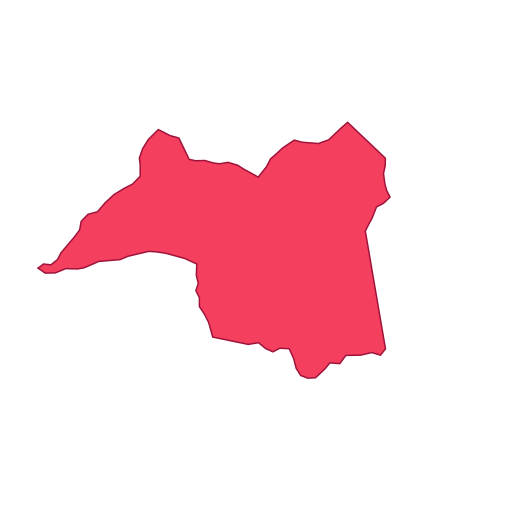 outline of Saltinho, São Paulo, Brazil, rotated 224°
{"feature_id": "56859067B49656029802383", "entity_name": "Saltinho", "entity_type": "district", "adm_level": 2, "iso_a3": "BRA", "parent_name": "Brazil", "parent_adm1": "São Paulo", "projection": "mercator", "projection_center": [-47.719, -22.866], "detail": "fine", "context": "isolated", "style": "filled", "palette": "rose", "viewbox_px": 512, "rotation_deg": 224, "n_neighbors": 0, "source": "geoboundaries", "source_scale": "gbopen_adm2", "svg_char_len": 1366}
<svg xmlns="http://www.w3.org/2000/svg" viewBox="0 0 512 512"><g transform="rotate(224 256 256)"><path d="M98.3,279.1L194.7,349.9L197.0,357.4L198.9,364.2L203.4,375.0L200.9,382.5L200.5,391.5L207.5,393.9L213.2,397.3L221.5,403.8L225.7,410.6L230.8,416.2L282.9,415.8L283.6,408.4L284.0,400.0L284.4,390.1L289.2,380.3L301.7,370.0L309.0,365.9L311.9,352.3L312.3,344.2L313.0,335.9L310.5,327.6L309.2,314.3L325.9,309.8L332.1,308.6L341.1,304.0L346.4,296.9L351.7,293.1L359.1,289.2L365.6,282.6L371.2,279.1L377.4,281.4L383.4,283.6L393.5,287.3L401.5,282.9L414.1,279.1L414.4,265.0L412.1,254.4L407.9,245.4L402.3,240.8L394.7,232.9L394.7,222.2L397.8,213.2L400.8,201.7L401.5,189.6L400.8,177.7L405.8,169.3L405.8,159.4L401.0,152.3L399.9,143.9L399.1,132.1L398.5,122.7L396.3,115.6L397.4,107.2L403.3,102.6L404.4,95.8L395.7,97.3L388.6,104.5L384.1,114.7L375.4,122.7L371.3,128.4L368.5,135.2L365.3,142.9L359.8,149.2L351.3,158.9L347.9,166.9L341.1,177.5L336.4,184.8L330.8,189.6L322.6,195.4L305.4,204.8L293.0,209.1L285.6,200.7L278.4,196.1L275.2,189.3L267.8,186.7L261.6,180.3L252.6,178.3L243.9,175.3L230.8,167.6L200.2,187.0L193.9,195.4L184.9,196.1L177.3,198.8L174.7,206.3L167.7,212.4L157.7,208.4L149.0,203.1L140.8,201.1L133.9,204.1L128.6,209.8L128.0,222.7L128.6,230.5L121.0,236.7L122.3,246.9L112.0,257.2L105.6,267.0L97.6,271.1L98.3,279.1Z" fill="#f43f5e" stroke="#9f1239" stroke-width="1.5"/></g></svg>